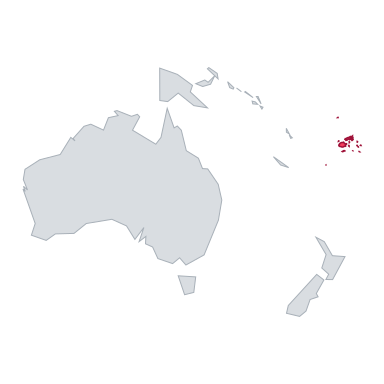 Fiji on a map of Oceania (Mercator projection)
{"feature_id": "FJI", "entity_name": "Fiji", "entity_type": "country or territory", "adm_level": 0, "iso_a3": "FJI", "parent_name": "Oceania", "parent_adm1": "", "projection": "mercator", "projection_center": [179.313, -17.091], "detail": "fine", "context": "in_parent", "style": "filled", "palette": "rose", "viewbox_px": 384, "rotation_deg": 0, "n_neighbors": 6, "source": "natural_earth", "source_scale": "50m", "svg_char_len": 4919}
<svg xmlns="http://www.w3.org/2000/svg" viewBox="0 0 384 384"><path d="M159.7,68.1L177.4,74.4L192.5,85.4L190.3,91.9L207.5,107.9L193.8,105.6L178.2,93.1L167.7,101.6L159.8,100.5L159.7,68.1ZM217.2,73.4L218.1,78.9L207.4,68.8L208.8,67.6L217.2,73.4ZM210.6,84.2L202.7,86.5L195.8,83.7L204.8,80.0L208.1,82.3L214.7,75.8L210.6,84.2ZM227.6,81.7L233.9,87.7L233.2,89.1L229.7,87.6L227.6,81.7Z" fill="#d9dde1" stroke="#a8b0b8" stroke-width="1"/><path d="M289.2,134.8L292.3,137.8L290.7,138.4L289.2,134.8ZM289.4,134.0L286.4,132.2L286.3,128.3L289.4,134.0Z" fill="#d9dde1" stroke="#a8b0b8" stroke-width="1"/><path d="M273.4,156.7L288.7,167.6L280.6,165.0L273.4,156.7Z" fill="#d9dde1" stroke="#a8b0b8" stroke-width="1"/><path d="M263.0,107.2L261.9,109.1L260.0,106.0L263.0,107.2ZM258.1,96.5L261.1,103.9L256.4,96.5L258.1,96.5ZM257.7,104.3L252.8,103.9L252.1,101.1L255.3,101.9L257.7,104.3ZM245.4,91.5L253.1,97.6L244.7,92.0L245.4,91.5ZM239.4,90.1L241.4,91.7L236.5,88.0L239.4,90.1Z" fill="#d9dde1" stroke="#a8b0b8" stroke-width="1"/><path d="M345.0,256.6L332.6,279.6L325.9,279.5L328.7,274.2L321.8,268.0L326.1,254.6L315.9,237.2L324.3,241.7L332.4,255.7L345.0,256.6ZM288.3,305.5L316.7,274.4L323.9,280.0L316.3,293.5L318.1,296.8L310.1,299.5L306.0,311.1L299.6,316.4L286.5,313.3L288.3,305.5Z" fill="#d9dde1" stroke="#a8b0b8" stroke-width="1"/><path d="M178.2,275.8L195.7,276.9L193.8,292.4L184.6,294.7L178.2,275.8ZM86.3,223.5L74.0,233.4L55.4,233.9L46.2,240.4L31.4,235.2L35.2,223.5L23.0,189.0L25.2,191.4L23.5,186.3L27.5,190.0L23.3,179.5L25.0,169.3L39.7,159.8L60.2,154.5L70.8,137.4L75.0,140.9L73.2,138.4L84.0,126.3L90.8,124.2L103.5,130.1L108.4,117.7L118.1,115.6L114.4,111.3L117.0,110.6L131.5,116.3L137.4,114.3L139.7,116.8L132.5,130.2L155.8,144.2L161.0,137.4L167.2,108.3L174.1,127.9L177.3,126.0L181.3,130.2L186.3,150.7L198.4,158.2L202.5,168.6L207.7,168.9L218.2,184.3L221.8,200.1L218.4,220.2L204.1,254.9L185.9,265.0L179.6,257.8L172.6,263.6L157.9,258.6L152.6,247.0L145.5,243.8L145.9,236.4L139.1,241.6L143.9,227.5L134.9,239.4L126.5,225.9L111.9,219.3L86.3,223.5Z" fill="#d9dde1" stroke="#a8b0b8" stroke-width="1"/><path d="M343.8,142.4L343.8,142.7L344.0,142.8L344.5,143.2L345.0,143.6L345.4,143.9L345.4,144.1L345.3,144.4L345.4,144.9L345.5,145.3L345.7,146.1L345.4,146.3L344.8,146.3L344.7,146.4L344.1,146.4L343.6,146.7L343.2,147.0L342.8,147.0L342.2,147.1L341.7,147.0L341.3,146.8L340.6,146.6L339.8,146.5L339.4,146.3L339.1,146.1L338.8,145.5L338.8,145.3L338.8,145.0L339.1,144.9L339.3,144.8L339.3,144.6L339.5,144.4L339.5,144.0L339.5,143.8L340.0,143.3L340.6,142.9L341.5,142.5L342.1,142.6L343.1,142.3L343.4,142.1L343.7,142.2L343.8,142.4ZM352.3,136.2L351.6,136.9L351.3,137.3L351.1,137.7L350.4,138.1L350.2,138.6L350.2,139.2L350.8,138.6L351.5,138.1L351.8,138.0L352.0,138.0L351.9,138.4L351.8,138.8L352.0,139.2L351.4,139.2L350.9,139.2L350.3,139.4L349.7,139.5L349.2,139.4L349.0,139.1L348.9,139.0L348.4,139.0L347.7,139.6L347.4,140.0L347.1,140.0L346.8,139.9L346.4,140.3L345.9,140.4L345.7,140.1L345.6,139.7L345.4,139.5L344.9,139.4L345.0,139.1L345.2,138.8L345.3,138.6L345.6,138.7L345.8,138.8L346.1,138.6L346.4,138.6L346.7,138.1L347.2,137.8L347.8,137.6L348.5,137.4L348.8,137.4L349.2,137.3L349.7,136.9L350.1,136.6L350.5,136.5L350.9,136.4L351.3,136.5L351.6,136.5L352.3,136.2L352.3,136.2ZM344.9,150.8L344.9,151.0L344.2,151.1L343.9,150.9L343.5,151.3L343.4,151.4L343.3,151.5L343.2,151.5L342.5,151.7L342.2,151.5L342.4,151.4L342.7,151.2L343.0,151.3L343.2,151.1L343.5,150.7L343.8,150.7L344.1,150.6L344.5,150.6L344.9,150.8ZM352.4,140.1L352.3,140.3L352.3,140.0L352.3,139.8L352.3,139.6L352.3,139.4L352.8,139.0L353.0,138.9L353.2,139.3L353.0,139.7L352.4,140.1ZM352.3,140.3L352.0,140.5L351.8,140.3L352.0,139.9L352.3,139.4L352.3,139.8L352.3,140.3ZM349.1,146.2L349.1,146.3L348.6,145.9L348.6,145.7L348.9,145.4L349.1,145.6L349.2,146.0L349.1,146.2ZM346.5,144.3L346.3,144.4L346.1,144.1L346.3,143.7L346.5,143.7L346.7,144.0L346.5,144.3ZM357.5,141.9L357.4,142.1L357.2,142.0L357.4,141.7L357.2,141.5L357.2,141.4L357.5,141.5L357.6,141.8L357.5,141.9ZM349.5,142.4L349.3,142.6L349.2,141.8L349.4,141.8L349.5,141.9L349.6,142.1L349.5,142.4ZM338.7,141.3L338.4,141.4L338.5,141.0L338.7,140.8L338.8,140.8L338.9,141.1L338.7,141.3ZM361.0,145.5L360.7,145.5L360.4,145.3L360.6,145.1L360.8,145.1L360.9,145.3L361.0,145.5ZM352.7,138.0L352.3,138.1L352.3,137.9L352.6,137.6L352.8,137.6L352.7,137.8L352.7,138.0ZM357.3,145.6L357.2,145.7L356.9,145.6L356.9,145.4L357.0,145.3L357.3,145.4L357.3,145.6ZM358.4,146.9L358.4,147.0L358.1,146.9L358.0,146.7L358.3,146.7L358.4,146.9ZM338.1,117.6L337.9,117.6L337.6,117.6L337.8,117.4L338.1,117.4L338.1,117.5L338.1,117.6ZM353.3,150.6L353.2,150.7L353.1,150.8L353.0,150.7L353.3,150.6ZM359.6,151.8L359.4,151.8L359.3,151.7L359.2,151.6L359.3,151.5L359.5,151.5L359.4,151.5L359.5,151.7L359.6,151.8ZM325.8,165.1L325.6,165.1L325.8,165.0L325.8,165.1ZM352.5,136.1L352.3,136.2L352.5,136.0L352.5,136.1ZM352.3,138.1L352.2,138.1L352.3,137.9L352.3,138.1Z" fill="#f43f5e" stroke="#9f1239" stroke-width="1.5"/></svg>